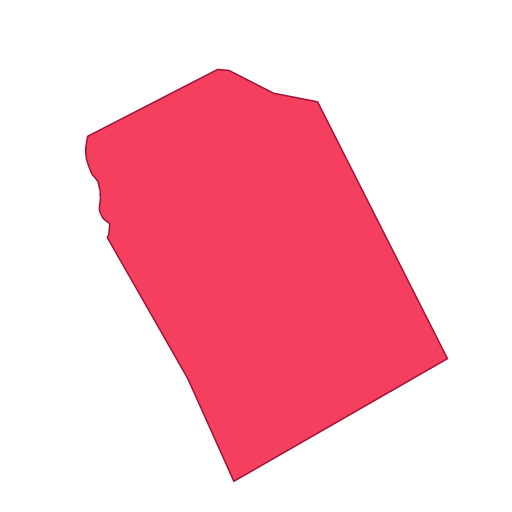 Morne Le Blanc, Laborie, Saint Lucia, rotated 331°
{"feature_id": "8701671B76730810017081", "entity_name": "Morne Le Blanc", "entity_type": "district", "adm_level": 2, "iso_a3": "LCA", "parent_name": "Saint Lucia", "parent_adm1": "Laborie", "projection": "albers", "projection_center": [-61.001, 13.759], "detail": "fine", "context": "isolated", "style": "filled", "palette": "rose", "viewbox_px": 512, "rotation_deg": 331, "n_neighbors": 0, "source": "geoboundaries", "source_scale": "gbopen_adm2", "svg_char_len": 631}
<svg xmlns="http://www.w3.org/2000/svg" viewBox="0 0 512 512"><g transform="rotate(331 256 256)"><path d="M373.7,438.6L384.6,151.0L350.3,122.2L322.3,80.6L312.9,74.2L166.9,69.7L163.6,73.5L159.9,78.4L157.4,82.5L154.6,89.3L153.5,94.9L152.5,101.8L152.3,106.0L153.0,108.4L153.9,114.0L153.1,117.5L152.2,119.6L151.6,122.8L150.6,124.9L149.6,126.3L148.6,128.9L146.8,131.8L144.8,134.6L142.3,138.1L141.1,140.4L140.7,143.5L140.5,148.8L141.7,152.4L143.7,156.5L143.0,158.0L141.9,159.7L139.3,163.5L137.3,166.3L136.2,166.8L134.9,167.8L136.9,330.2L132.6,381.1L127.4,442.3L373.7,438.6Z" fill="#f43f5e" stroke="#9f1239" stroke-width="1.5"/></g></svg>